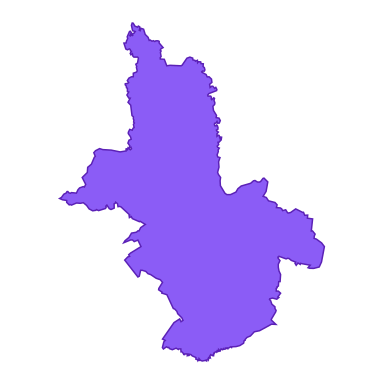 the district of Ixcatepec, Veracruz, Mexico
{"feature_id": "50627088B76588814495844", "entity_name": "Ixcatepec", "entity_type": "district", "adm_level": 2, "iso_a3": "MEX", "parent_name": "Mexico", "parent_adm1": "Veracruz", "projection": "natural_earth1", "projection_center": [-98.025, 21.249], "detail": "fine", "context": "isolated", "style": "filled", "palette": "violet", "viewbox_px": 384, "rotation_deg": 0, "n_neighbors": 0, "source": "geoboundaries", "source_scale": "gbopen_adm2", "svg_char_len": 5952}
<svg xmlns="http://www.w3.org/2000/svg" viewBox="0 0 384 384"><path d="M275.0,306.9L271.8,304.1L270.7,300.8L269.5,299.5L269.7,298.8L272.5,298.1L276.8,299.2L278.8,297.5L277.8,297.0L280.6,293.2L278.3,291.1L276.3,291.1L276.2,288.4L277.2,287.7L277.0,286.9L278.4,286.0L278.7,281.6L280.1,281.6L280.6,274.5L279.0,271.0L278.3,267.2L278.3,264.2L280.0,260.6L278.1,258.2L277.9,257.2L278.6,257.1L279.0,256.3L286.1,258.9L287.6,258.3L289.0,258.5L291.3,260.4L295.7,262.1L295.0,263.3L296.2,265.3L298.0,263.0L300.2,264.4L300.5,263.4L310.2,265.2L308.0,267.7L309.7,268.3L313.7,268.4L319.2,267.0L321.5,262.0L324.4,246.6L321.6,242.9L316.4,239.1L314.1,238.4L314.3,236.0L315.1,234.1L312.5,230.9L311.3,231.0L312.6,218.9L307.4,218.2L307.7,215.1L304.7,215.3L303.5,212.3L302.7,212.4L295.7,208.9L290.6,212.5L288.6,213.0L287.6,212.8L285.7,209.8L282.6,210.6L281.6,208.7L280.2,207.9L276.4,207.6L277.1,204.8L275.0,202.5L268.5,200.8L266.3,197.5L263.1,196.3L266.1,191.4L267.8,181.9L264.0,178.1L263.0,178.4L260.6,181.5L259.3,182.1L257.4,182.0L255.0,180.5L253.5,180.8L250.6,183.3L241.2,186.0L237.9,188.7L235.9,192.1L230.5,194.6L226.8,194.6L224.9,193.2L220.4,185.7L220.1,180.8L220.6,177.5L218.4,174.4L217.6,172.3L219.0,167.1L218.6,161.8L220.0,157.6L217.7,156.9L217.1,154.9L218.3,151.6L218.1,150.0L219.3,148.1L217.6,147.3L217.2,146.1L218.7,144.6L218.0,142.3L219.0,142.2L221.2,139.9L221.6,137.2L220.5,137.0L220.0,138.3L219.1,135.4L218.2,135.2L217.0,136.2L217.0,133.7L218.4,132.1L216.8,131.1L216.4,130.1L217.9,129.2L218.0,127.6L217.3,125.4L216.6,125.0L216.1,125.9L214.8,125.8L214.4,124.7L214.6,123.3L216.0,123.1L217.0,121.5L217.7,123.2L219.3,123.1L220.3,120.6L219.0,118.1L216.1,117.6L216.5,115.4L213.5,110.5L212.9,106.3L214.6,104.5L214.9,102.9L214.0,100.3L214.5,98.4L213.8,97.8L211.8,99.7L211.2,99.0L211.4,97.2L210.7,96.1L208.0,96.1L207.7,95.0L208.9,93.6L216.6,90.6L216.9,89.5L215.8,87.4L214.7,88.4L212.8,86.2L211.7,86.2L210.1,87.5L209.6,84.3L211.9,82.4L211.5,79.1L209.1,76.8L207.2,76.9L206.1,74.5L202.0,72.3L201.7,71.8L202.4,71.1L204.4,71.1L204.9,69.9L204.4,67.7L203.1,66.5L203.3,63.8L201.0,63.6L200.7,61.9L198.5,61.7L197.6,62.7L197.4,60.3L195.4,61.2L195.0,60.4L192.9,59.9L192.7,58.1L189.9,57.1L186.9,58.2L182.1,65.2L181.1,65.8L170.0,65.3L166.8,65.8L164.3,59.3L160.3,59.0L160.2,57.7L161.1,56.5L160.4,52.4L161.1,51.0L160.2,50.1L161.1,48.7L163.1,47.6L159.1,42.9L159.2,41.4L158.0,40.8L155.9,40.8L154.8,41.5L153.4,40.7L152.0,41.2L150.1,40.0L149.2,40.4L148.1,37.3L145.2,34.4L143.6,29.2L141.0,28.3L140.1,30.7L139.2,30.1L139.7,29.5L139.7,26.8L138.3,26.1L137.6,27.2L134.9,26.1L133.2,23.2L132.2,23.0L131.4,25.3L132.6,30.7L135.2,31.5L133.9,33.3L132.5,33.8L132.8,36.0L131.9,34.7L130.3,36.0L129.8,35.6L131.4,32.7L130.3,31.2L129.5,31.5L127.2,36.8L127.7,38.6L126.4,41.2L126.2,42.9L123.9,43.1L125.8,49.0L127.4,49.8L129.5,48.9L130.3,49.6L130.4,50.8L131.4,51.3L130.2,53.4L130.9,54.8L132.4,53.7L132.8,56.0L133.9,57.1L137.7,57.1L138.4,58.1L137.5,63.0L135.8,64.2L136.7,66.4L136.4,67.4L137.2,70.7L136.6,72.0L133.3,73.2L133.3,76.7L131.4,76.8L128.9,78.1L127.3,80.6L128.6,82.6L127.4,83.5L125.3,83.7L125.2,84.8L126.2,85.9L126.5,87.8L127.4,88.3L127.4,91.5L128.7,92.0L126.9,95.0L128.8,98.1L130.2,98.2L128.0,102.3L130.7,105.2L132.0,115.6L133.4,116.8L133.3,118.9L133.9,120.1L133.6,122.1L134.4,123.0L133.4,124.4L134.1,127.6L133.1,128.2L132.2,130.2L129.7,129.4L128.3,132.3L128.3,133.6L130.5,136.8L131.2,139.2L129.0,140.2L127.9,143.1L129.8,145.8L129.2,147.7L131.0,147.2L131.5,148.8L130.3,149.8L128.0,147.8L127.5,149.6L126.6,148.8L126.0,149.0L126.2,150.9L120.1,151.9L111.2,150.1L102.8,149.6L99.6,148.6L95.5,150.7L93.8,152.7L95.3,156.4L94.3,157.3L91.4,164.2L87.7,167.3L87.3,172.5L82.2,177.5L85.7,184.4L84.4,187.0L83.2,186.6L79.6,187.9L78.0,189.7L76.4,193.1L71.4,192.6L70.4,193.3L69.0,192.9L67.8,191.5L67.0,191.6L66.2,193.0L63.8,194.2L61.5,197.4L59.6,198.5L62.5,199.8L66.7,200.5L66.7,202.4L69.2,204.9L70.0,204.5L71.5,205.1L76.5,203.0L80.4,203.3L83.3,202.7L86.6,205.4L89.1,208.9L92.7,210.8L95.9,210.3L96.4,209.6L98.6,210.6L105.5,208.5L106.2,207.1L105.8,206.2L106.9,205.1L109.3,208.7L111.0,209.5L112.0,209.1L114.2,208.1L114.1,203.9L115.2,203.3L115.6,202.2L117.5,203.7L118.0,206.7L119.6,206.4L121.0,206.9L129.7,215.0L129.1,215.4L129.4,217.6L131.3,216.6L132.3,218.6L139.4,221.7L140.1,221.3L145.3,224.4L140.7,227.6L139.0,230.9L138.0,230.8L136.4,232.2L131.5,233.1L129.0,237.4L125.0,240.7L123.8,242.7L130.8,239.9L132.6,240.0L134.2,241.6L137.9,240.1L141.0,246.6L130.6,253.0L128.7,254.7L129.6,256.4L127.8,256.9L124.7,260.1L137.9,277.0L139.3,276.2L140.6,270.3L142.3,270.3L145.8,271.4L148.0,273.7L150.7,274.6L156.2,278.3L160.3,279.7L162.5,282.4L158.8,288.4L158.6,289.8L162.0,292.1L161.8,293.1L166.9,294.7L173.3,308.5L174.8,309.1L176.9,311.4L177.7,313.7L181.8,317.8L182.4,319.0L183.0,320.4L181.0,321.7L179.7,318.9L174.0,322.6L162.5,339.1L165.2,340.4L163.8,341.9L162.4,347.5L163.4,349.0L166.5,346.8L167.8,347.6L168.8,347.4L169.4,348.6L172.3,349.7L176.1,348.2L178.4,349.5L178.9,348.9L180.8,348.9L181.0,351.7L181.5,351.5L183.4,353.5L183.7,354.5L184.6,354.6L184.9,353.9L187.1,353.9L187.3,355.6L187.9,355.0L188.8,355.6L189.5,355.0L189.1,354.2L191.0,354.6L192.2,355.9L195.9,357.5L195.9,359.2L197.3,359.6L197.8,360.5L199.4,360.4L199.2,359.6L198.5,360.2L199.0,358.5L200.4,360.3L202.2,361.0L205.5,360.4L206.5,360.9L206.4,360.0L207.8,359.9L208.0,359.2L208.4,359.8L208.7,357.7L209.5,358.0L209.6,356.9L210.2,357.4L209.9,356.0L210.7,354.6L211.9,355.4L213.2,354.8L213.1,355.8L213.6,355.8L213.8,352.5L214.2,353.5L214.8,352.3L216.5,351.5L216.8,352.2L218.1,351.1L216.7,350.1L218.0,350.7L218.5,351.4L219.0,351.3L218.8,349.6L220.2,350.9L221.1,348.9L222.5,349.7L223.2,348.9L223.3,349.4L225.4,349.0L225.4,348.1L227.6,348.7L227.4,347.9L228.5,348.1L230.7,346.8L231.6,347.5L231.8,346.8L236.0,346.6L239.8,345.6L243.6,343.2L244.1,340.8L245.2,340.2L245.1,339.5L247.0,337.4L250.4,336.0L254.3,331.8L259.6,330.7L271.5,324.2L275.9,324.4L271.5,320.2L271.3,319.3L275.7,311.9L276.1,310.4L274.9,308.4L275.0,306.9Z" fill="#8b5cf6" stroke="#5b21b6" stroke-width="1.5"/></svg>